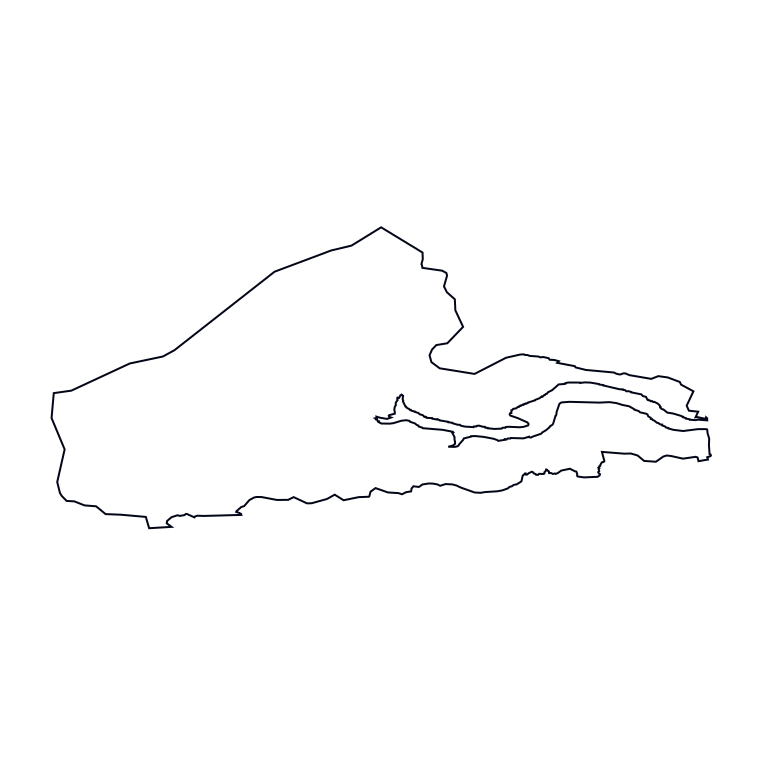 Stryn nor, Sogn og Fjordane, Norway, rotated 183°
{"feature_id": "86288312B20375787798731", "entity_name": "Stryn nor", "entity_type": "district", "adm_level": 2, "iso_a3": "NOR", "parent_name": "Norway", "parent_adm1": "Sogn og Fjordane", "projection": "natural_earth1", "projection_center": [6.614, 61.822], "detail": "fine", "context": "isolated", "style": "outline", "palette": "ink", "viewbox_px": 768, "rotation_deg": 183, "n_neighbors": 0, "source": "geoboundaries", "source_scale": "gbopen_adm2", "svg_char_len": 6117}
<svg xmlns="http://www.w3.org/2000/svg" viewBox="0 0 768 768"><g transform="rotate(183 384 384)"><path d="M676.7,247.1L665.1,246.8L655.2,239.5L640.0,239.7L614.9,238.8L611.0,227.7L588.7,230.2L593.7,233.5L593.4,235.9L589.2,239.9L583.4,242.1L581.0,241.6L576.5,242.6L575.0,243.9L574.1,243.9L566.3,240.9L565.8,241.8L563.6,242.7L557.2,242.8L519.6,245.8L519.9,246.7L521.8,247.7L524.9,248.5L524.8,249.1L520.2,253.6L517.2,254.8L512.4,261.0L507.9,263.8L505.4,264.5L500.3,264.7L484.8,262.6L473.6,263.3L468.3,266.3L454.7,260.8L450.1,261.1L434.9,266.2L427.4,270.9L418.3,265.8L403.3,269.7L393.3,270.6L392.8,271.0L391.8,275.8L387.0,279.6L374.3,275.9L363.9,275.8L360.3,274.8L356.3,277.1L351.3,278.2L351.0,281.1L349.3,283.4L343.8,283.0L340.3,285.7L334.1,287.0L329.8,287.1L325.3,286.5L322.6,285.3L317.3,287.3L310.4,287.3L306.2,286.4L301.9,284.6L287.8,280.4L281.8,280.4L277.2,281.4L265.1,282.8L260.2,284.0L254.9,286.2L253.3,287.8L250.9,288.6L249.1,290.1L246.3,290.7L242.4,293.4L241.6,294.2L240.7,299.7L238.4,302.1L237.9,302.1L237.8,301.0L236.4,301.0L234.8,302.5L231.8,304.1L230.6,303.7L229.8,302.6L227.8,302.0L227.4,301.3L225.4,301.3L224.5,302.4L220.1,302.5L219.2,302.9L219.2,304.3L218.2,305.2L217.6,307.1L216.5,306.8L216.2,306.1L214.8,305.4L214.5,303.7L212.4,303.8L210.6,303.0L208.7,303.6L207.8,303.2L205.7,304.2L202.5,306.8L193.9,309.1L188.7,306.8L187.3,306.6L186.3,304.1L186.4,302.7L185.9,301.8L179.4,301.2L165.8,302.5L163.9,304.0L163.6,305.3L164.4,305.6L165.5,307.2L164.5,308.4L165.2,310.2L164.6,311.0L165.5,311.7L164.6,312.6L164.7,313.1L163.8,313.5L163.8,314.3L162.6,316.8L161.8,317.5L160.8,317.5L159.9,318.5L162.8,327.6L140.5,327.0L133.8,327.5L127.0,325.9L120.2,320.8L108.4,320.6L101.2,326.2L97.9,327.4L93.5,327.1L81.5,325.1L68.9,327.6L67.0,327.0L65.9,323.4L56.5,325.5L57.4,327.8L54.2,329.0L53.8,329.9L54.3,330.8L55.2,331.0L56.3,339.9L56.4,346.5L58.3,351.8L58.9,355.5L60.2,355.8L67.9,355.4L82.8,352.7L92.7,353.4L97.7,354.5L97.7,354.9L100.3,355.4L100.9,356.2L104.1,357.2L104.1,358.0L106.0,358.1L108.2,359.5L109.2,359.5L112.4,361.7L113.7,362.1L114.7,363.2L115.6,363.1L115.5,363.7L116.3,364.4L118.4,365.5L119.3,367.4L120.9,368.1L126.8,369.1L128.4,370.4L132.5,371.4L132.5,371.8L138.1,374.6L145.0,375.6L150.8,377.1L158.0,377.7L167.8,376.7L198.0,375.9L205.7,374.9L207.4,373.8L207.9,373.0L210.1,365.3L210.3,362.5L210.7,361.2L211.1,361.1L212.9,353.6L213.6,352.2L216.3,350.2L216.3,349.6L219.7,346.4L223.3,344.0L224.4,342.6L233.1,339.1L234.3,338.2L236.5,338.5L236.5,338.9L241.9,337.0L254.6,336.7L254.9,336.2L257.7,336.0L258.8,335.1L259.7,335.2L259.4,334.8L267.0,333.2L268.0,334.0L272.1,335.1L281.7,336.4L290.4,336.8L294.4,336.4L294.4,336.0L301.4,333.8L302.1,332.3L305.7,327.8L306.4,326.4L307.7,325.5L310.1,324.9L316.6,324.7L312.1,326.1L309.9,328.0L310.1,330.2L310.8,332.7L310.7,334.5L313.2,338.7L312.2,339.3L312.8,339.9L323.0,341.3L343.0,341.9L343.4,342.4L347.2,343.4L347.5,344.3L349.3,344.9L350.9,346.2L356.1,347.7L356.6,348.5L360.0,349.0L364.8,348.2L372.5,345.4L376.3,344.7L384.6,344.4L387.0,345.5L387.0,346.1L387.6,345.8L388.6,346.7L387.5,346.3L388.6,347.1L389.0,348.1L390.3,348.2L390.7,348.9L389.6,349.0L390.7,349.4L389.5,349.8L389.8,351.0L386.1,350.1L379.1,349.3L375.2,350.9L377.0,351.5L377.6,352.5L377.1,353.2L371.7,354.9L371.7,356.2L372.4,359.2L372.0,361.9L371.1,363.4L371.3,365.3L371.1,366.3L369.6,368.7L370.3,370.2L369.8,369.5L370.0,370.5L368.5,370.7L369.5,370.7L369.5,371.1L368.1,371.0L367.0,373.6L366.3,373.7L365.9,374.3L364.3,373.2L364.6,369.9L363.9,368.3L364.2,367.7L361.3,362.5L360.7,362.5L360.0,361.4L357.5,360.3L356.8,359.5L355.9,359.6L355.3,358.8L351.8,358.1L351.8,357.8L348.3,356.9L346.7,355.6L343.6,354.9L342.6,353.8L341.0,353.5L341.3,353.1L339.5,352.7L339.4,352.4L334.2,352.5L334.1,351.9L329.5,351.3L329.5,351.6L327.9,351.7L328.6,351.5L326.7,350.9L326.6,350.6L317.9,349.6L317.9,349.2L313.6,348.8L313.5,348.4L308.5,347.2L306.0,347.2L305.7,346.7L304.1,346.2L300.7,345.7L292.3,345.6L292.1,346.3L289.6,346.4L289.3,347.0L286.9,347.4L283.4,346.5L280.9,346.5L280.6,345.7L278.1,345.6L278.1,345.2L271.3,344.9L264.2,345.6L263.3,346.5L260.5,346.7L260.3,347.3L257.5,347.8L246.1,347.9L242.1,348.6L237.9,350.2L237.5,351.6L238.7,353.1L248.5,356.9L256.2,359.1L256.9,360.0L256.8,361.0L256.2,361.7L255.3,361.7L255.4,364.4L254.8,364.4L253.7,365.9L250.6,366.7L249.2,368.1L248.2,368.1L248.0,368.7L246.4,369.3L246.5,369.7L243.7,370.5L243.8,371.0L241.3,371.7L241.4,372.0L239.5,372.4L239.3,373.0L232.3,375.6L232.3,376.0L227.8,378.0L226.9,379.0L225.4,379.4L225.5,379.9L224.8,379.9L223.4,381.3L222.8,381.3L222.2,382.3L220.7,382.9L220.0,384.2L215.7,386.7L209.6,392.7L203.7,393.5L202.8,393.8L202.9,394.4L200.1,395.1L188.1,395.7L188.1,395.3L183.8,396.1L178.0,396.2L169.3,395.2L169.2,394.8L164.9,394.4L164.9,394.0L148.6,391.1L145.2,391.1L145.2,390.7L142.7,390.4L141.7,389.4L139.3,389.6L136.7,389.0L136.7,388.6L126.4,387.1L124.8,385.5L121.7,384.9L120.2,382.2L119.3,382.1L119.3,381.7L116.8,381.2L116.7,380.8L115.2,380.9L114.2,380.1L113.0,380.3L109.5,378.7L107.4,376.9L107.1,375.2L106.5,375.2L106.6,374.7L105.1,373.4L103.6,373.2L99.7,370.3L93.5,369.6L86.5,367.9L85.0,367.5L84.0,366.6L83.4,366.8L83.3,366.4L80.8,365.7L80.8,365.3L76.7,364.7L76.7,364.3L70.8,364.2L69.0,364.8L66.2,364.8L59.3,364.6L59.5,366.7L60.5,367.5L60.5,366.8L62.2,366.2L69.7,367.4L71.1,367.1L68.8,372.8L78.1,373.3L80.6,378.2L74.6,392.9L87.3,398.9L88.7,401.5L101.0,405.4L110.5,406.2L117.4,403.1L139.4,405.7L143.5,407.2L145.7,407.1L148.1,406.0L149.9,405.9L152.7,406.5L154.9,407.5L183.1,408.6L193.6,410.6L194.4,411.8L212.1,414.2L210.6,415.9L215.1,416.9L219.8,416.9L221.0,418.4L226.4,419.3L229.2,418.8L231.2,419.5L240.2,419.7L241.9,420.4L244.9,420.4L245.7,420.9L249.3,420.6L263.5,416.6L294.1,398.8L329.2,402.6L337.8,408.3L340.0,415.1L337.8,421.0L333.8,425.6L322.9,428.0L308.0,445.2L316.6,461.3L317.7,472.3L326.0,478.9L329.2,484.6L326.7,495.5L327.5,498.1L331.8,500.2L351.7,502.0L352.3,504.6L352.9,505.6L351.8,510.7L352.4,517.3L395.1,540.3L423.7,520.5L443.7,514.6L499.2,490.4L594.9,406.9L606.2,399.9L638.9,391.2L695.9,361.0L713.3,357.6L714.2,332.6L699.5,302.0L705.2,269.0L701.9,258.2L700.0,255.4L694.8,250.6L687.2,250.6L676.7,247.1Z" fill="none" stroke="#020617" stroke-width="2"/></g></svg>